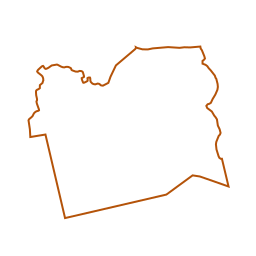 map outline of Oshikoto (orthographic projection), rotated 167°
{"feature_id": "NAM-3355", "entity_name": "Oshikoto", "entity_type": "Region", "adm_level": 1, "iso_a3": "NAM", "parent_name": "Namibia", "parent_adm1": "", "projection": "orthographic", "projection_center": [17.144, -18.609], "detail": "fine", "context": "isolated", "style": "outline", "palette": "amber", "viewbox_px": 256, "rotation_deg": 167, "n_neighbors": 0, "source": "natural_earth", "source_scale": "10m", "svg_char_len": 2166}
<svg xmlns="http://www.w3.org/2000/svg" viewBox="0 0 256 256"><g transform="rotate(167 128 128)"><path d="M102.1,204.7L102.1,204.9L101.1,204.0L96.2,201.4L91.0,200.1L86.0,200.0L70.7,197.8L59.7,194.5L55.0,194.0L49.2,192.5L39.2,191.1L39.3,189.1L38.5,187.1L37.5,180.8L37.4,178.4L38.6,177.4L40.3,176.6L40.9,173.9L38.2,172.1L36.8,170.4L35.9,168.1L34.4,165.5L31.6,159.5L31.4,157.2L30.9,156.1L30.8,150.7L31.2,147.8L32.3,145.1L35.4,140.9L39.0,137.2L41.6,133.9L43.3,133.3L45.1,133.2L46.7,131.9L46.3,129.6L42.6,125.2L41.2,120.7L40.2,118.7L39.4,116.4L39.9,110.1L39.0,106.2L38.9,102.4L39.9,100.9L41.4,99.9L45.1,94.6L46.0,92.3L46.6,87.2L46.1,80.2L45.7,78.4L44.5,77.1L43.4,76.9L43.2,48.4L68.9,64.6L75.7,67.3L105.6,54.5L209.6,54.4L209.9,140.2L225.2,141.2L223.9,148.8L223.2,157.9L222.3,158.9L219.9,160.1L218.4,161.0L216.3,163.5L214.8,164.4L213.4,164.9L212.3,164.9L211.3,165.0L210.7,165.3L210.6,166.2L211.3,172.2L211.3,173.4L211.2,174.6L210.5,175.3L210.2,176.3L210.1,177.4L210.1,180.5L209.7,183.1L209.3,184.7L208.8,185.3L208.0,185.7L206.9,185.9L205.9,186.2L205.0,186.6L204.7,187.6L204.5,188.6L204.2,189.6L201.2,191.1L200.6,192.2L200.3,192.8L199.8,193.4L199.5,195.4L199.6,196.5L199.8,197.6L200.5,198.8L203.4,202.4L203.8,203.5L203.2,204.3L202.4,205.0L198.5,207.2L197.5,207.6L196.8,207.6L196.4,206.9L195.9,205.3L195.5,204.6L194.9,204.1L194.0,204.1L191.9,204.6L189.3,205.7L188.2,206.1L183.0,205.8L182.6,205.6L182.2,205.3L179.3,202.8L177.9,201.9L176.5,201.4L174.5,201.5L173.2,201.2L172.2,200.8L170.6,199.5L170.1,198.9L170.0,197.5L169.7,197.0L169.2,196.6L166.4,194.8L165.4,194.5L164.2,194.2L162.4,194.5L161.3,194.2L160.4,193.8L159.8,193.2L159.5,192.7L159.4,192.0L159.2,188.4L159.4,187.7L159.8,187.5L161.3,187.2L161.9,187.0L162.0,186.3L162.0,185.5L161.6,182.8L161.4,182.2L160.9,182.0L159.1,182.3L157.0,182.9L156.6,183.4L156.4,184.2L156.4,185.0L156.3,185.7L155.8,185.9L155.1,186.0L154.3,185.9L153.7,185.7L153.6,185.0L154.0,182.5L154.0,181.7L153.8,181.1L152.7,179.3L151.6,178.5L150.2,177.9L147.5,178.1L146.2,177.5L145.5,176.8L145.1,175.9L144.0,175.3L142.9,174.9L137.0,176.4L133.5,181.9L125.7,191.7L103.2,203.3L102.6,203.9L102.1,204.7Z" fill="none" stroke="#b45309" stroke-width="2"/></g></svg>